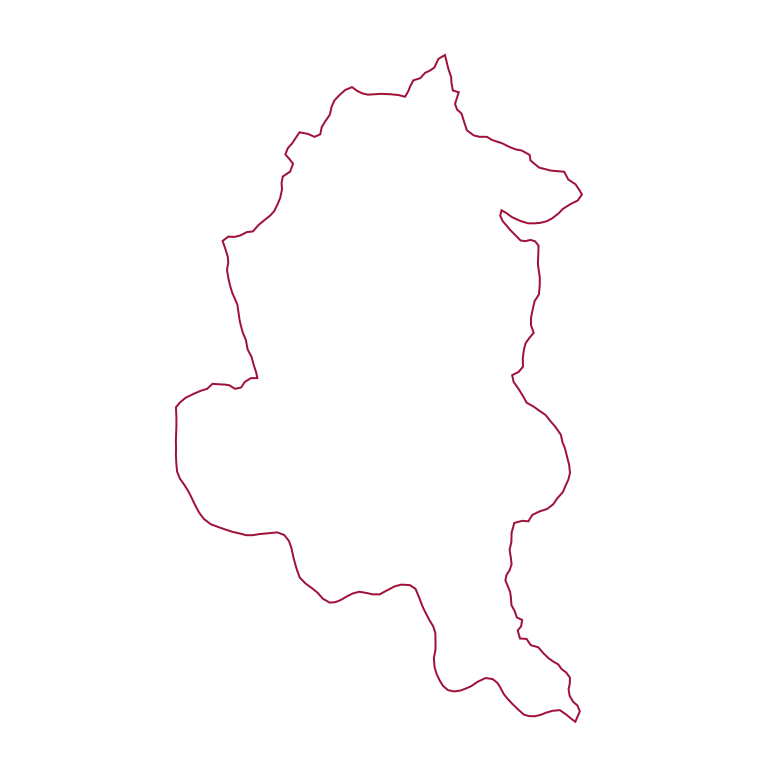 outline of Ibiraci, Minas Gerais, Brazil, rotated 182°
{"feature_id": "56859067B62702129343904", "entity_name": "Ibiraci", "entity_type": "district", "adm_level": 2, "iso_a3": "BRA", "parent_name": "Brazil", "parent_adm1": "Minas Gerais", "projection": "natural_earth1", "projection_center": [-47.123, -20.39], "detail": "fine", "context": "isolated", "style": "outline", "palette": "rose", "viewbox_px": 768, "rotation_deg": 182, "n_neighbors": 0, "source": "geoboundaries", "source_scale": "gbopen_adm2", "svg_char_len": 3756}
<svg xmlns="http://www.w3.org/2000/svg" viewBox="0 0 768 768"><g transform="rotate(182 384 384)"><path d="M447.6,651.1L451.9,644.4L455.2,638.6L456.4,631.3L462.1,628.6L468.8,631.3L477.2,632.6L481.1,626.4L484.2,621.3L488.3,616.4L490.6,610.0L486.5,605.7L482.6,600.9L485.2,593.0L492.4,587.8L493.4,581.2L492.7,575.2L494.2,566.5L496.7,559.7L499.8,552.9L503.7,548.3L508.6,544.1L514.9,538.6L520.3,531.9L526.4,531.0L533.1,527.3L538.5,525.8L544.9,525.8L550.3,521.3L547.0,512.8L544.6,505.8L543.9,500.1L544.9,492.4L542.9,483.0L540.8,475.5L538.7,469.4L536.1,464.2L533.3,458.1L531.7,449.1L530.3,441.7L528.6,435.7L526.7,429.9L523.5,423.1L521.6,414.0L517.3,406.4L514.9,398.6L512.1,390.9L510.8,385.5L517.2,385.2L523.2,381.2L526.7,375.5L532.7,374.0L538.5,377.3L543.1,377.9L547.9,377.9L555.4,378.2L560.6,373.0L566.7,370.9L573.4,367.8L581.8,363.3L587.2,358.5L591.1,353.5L590.3,343.2L590.0,335.6L590.0,328.3L590.0,319.3L589.6,313.1L589.5,305.9L588.8,297.6L587.7,289.2L584.6,282.2L580.1,276.3L576.4,270.9L572.9,264.8L570.0,259.1L567.0,253.6L563.9,248.5L559.1,242.7L552.2,237.8L544.7,235.3L537.3,233.0L529.6,230.8L522.6,229.5L516.5,228.1L510.1,228.3L503.6,229.6L494.4,230.8L485.5,232.0L478.4,229.6L473.5,223.8L470.7,216.5L468.4,207.4L466.1,199.8L464.3,194.6L461.4,187.6L455.5,181.9L448.4,177.1L443.0,173.0L437.5,167.2L430.6,163.6L425.0,164.3L419.6,166.7L413.2,170.7L407.9,173.6L401.4,175.5L394.3,174.6L388.4,173.4L381.0,173.6L375.8,176.7L371.4,179.2L366.1,182.2L359.6,184.1L351.1,183.9L345.3,180.3L341.2,171.3L337.6,162.7L334.5,156.9L330.4,149.6L326.4,143.6L324.0,136.9L323.5,127.7L323.3,119.9L324.6,112.0L323.6,102.8L321.2,95.8L317.9,89.5L314.5,84.4L309.4,80.3L303.0,79.2L296.9,80.3L291.4,82.6L286.4,85.0L280.2,89.6L272.2,93.7L265.1,92.9L260.2,89.2L257.1,84.6L253.7,78.6L249.7,73.9L244.7,68.9L237.8,62.7L232.5,58.4L227.6,57.2L221.8,57.2L215.9,58.8L210.2,61.3L204.1,63.3L196.9,64.2L190.5,60.1L185.3,56.1L181.0,53.1L176.9,63.6L179.4,69.4L184.0,73.1L187.6,78.9L188.9,85.3L187.9,90.8L187.9,97.0L191.8,102.0L196.6,105.3L200.0,109.8L205.1,112.5L209.9,115.6L215.6,120.8L220.7,126.3L228.2,128.1L232.6,134.2L239.2,134.4L241.8,142.4L238.5,146.6L237.7,153.0L243.1,155.4L245.5,161.6L248.9,167.4L249.7,174.9L250.7,180.6L253.2,186.2L255.8,191.9L255.0,197.3L252.0,202.2L250.2,208.3L251.2,215.0L252.7,222.7L251.2,230.5L251.3,239.8L248.9,249.7L241.0,252.1L234.9,251.8L231.2,258.4L224.1,262.1L216.6,264.8L210.7,269.7L206.9,275.7L201.5,282.2L198.6,289.7L196.4,294.9L195.0,301.5L196.1,309.5L198.6,318.0L201.0,326.3L203.6,331.9L205.4,339.3L211.5,347.5L216.9,353.3L221.5,358.7L227.4,362.4L233.3,366.4L240.8,370.3L244.6,376.7L249.7,384.3L254.6,390.7L256.2,397.3L250.0,400.7L245.7,406.1L246.2,414.7L245.4,423.1L243.8,429.9L240.2,435.3L236.2,440.4L239.2,448.1L239.4,455.4L238.4,461.5L236.4,472.0L232.3,479.0L231.8,487.9L232.0,495.8L233.3,502.8L234.4,509.4L234.3,518.9L234.4,527.7L238.0,531.9L242.6,533.1L247.7,531.7L252.5,532.2L258.0,537.4L263.1,542.2L266.9,546.5L271.0,550.8L273.7,556.2L272.6,561.7L268.0,559.3L262.1,555.3L253.4,551.7L245.6,549.6L239.5,549.8L233.5,550.5L227.1,552.3L221.7,555.4L215.3,560.8L211.3,565.3L203.9,570.3L196.7,574.2L192.8,580.3L195.7,584.9L199.6,590.3L207.0,594.8L211.3,602.4L224.6,603.1L236.6,605.7L245.4,612.5L246.4,618.0L254.6,622.2L260.8,623.1L267.7,625.6L274.1,628.6L284.5,631.6L289.7,634.6L297.3,634.4L303.0,635.6L310.0,640.4L313.3,649.3L315.9,656.9L320.5,660.8L322.8,666.3L319.5,678.2L325.4,679.7L327.1,687.3L327.6,693.0L330.7,701.3L334.6,714.9L340.9,710.9L344.8,701.9L349.1,698.8L353.8,696.4L358.4,690.9L365.3,688.5L368.1,682.7L370.1,677.2L373.0,671.8L379.6,673.3L387.8,673.8L397.2,673.9L404.0,673.2L410.1,672.6L415.5,673.6L420.9,675.9L426.3,679.6L433.0,676.5L438.6,671.2L443.5,665.6L446.0,659.4L447.6,651.1Z" fill="none" stroke="#9f1239" stroke-width="2"/></g></svg>